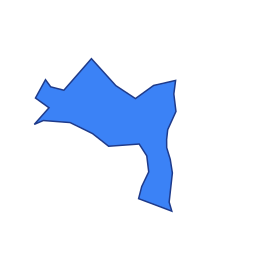 Garkalnes, orthographic projection, rotated 228°
{"feature_id": "LVA-5760", "entity_name": "Garkalnes", "entity_type": "Municipality", "adm_level": 1, "iso_a3": "LVA", "parent_name": "Latvia", "parent_adm1": "", "projection": "orthographic", "projection_center": [24.371, 57.025], "detail": "fine", "context": "isolated", "style": "filled", "palette": "blue", "viewbox_px": 256, "rotation_deg": 228, "n_neighbors": 0, "source": "natural_earth", "source_scale": "10m", "svg_char_len": 511}
<svg xmlns="http://www.w3.org/2000/svg" viewBox="0 0 256 256"><g transform="rotate(228 128 128)"><path d="M108.2,174.7L100.2,156.4L93.6,149.0L87.5,143.6L76.4,138.4L64.9,130.9L45.4,109.0L36.9,104.9L68.4,88.6L75.3,99.0L81.5,114.0L94.7,123.3L108.6,125.6L127.4,101.4L147.6,97.9L170.8,88.6L190.2,70.1L193.4,60.8L195.9,82.8L212.2,79.3L219.1,99.0L210.3,98.1L199.0,105.6L204.0,147.2L167.6,147.3L144.9,153.2L142.5,175.5L131.5,195.2L122.6,184.8L108.2,174.7Z" fill="#3b82f6" stroke="#1e3a8a" stroke-width="1.5"/></g></svg>